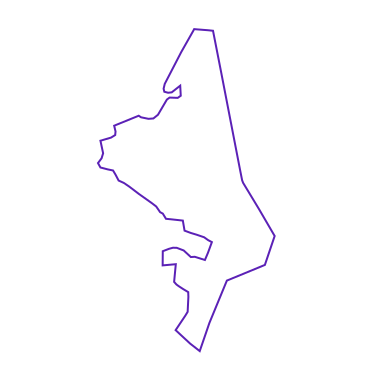 outline of Boumdeid, Assaba, Mauritania, rotated 339°
{"feature_id": "47542326B4408163770822", "entity_name": "Boumdeid", "entity_type": "district", "adm_level": 2, "iso_a3": "MRT", "parent_name": "Mauritania", "parent_adm1": "Assaba", "projection": "robinson", "projection_center": [-11.369, 17.747], "detail": "fine", "context": "isolated", "style": "outline", "palette": "violet", "viewbox_px": 384, "rotation_deg": 339, "n_neighbors": 0, "source": "geoboundaries", "source_scale": "gbopen_adm2", "svg_char_len": 1156}
<svg xmlns="http://www.w3.org/2000/svg" viewBox="0 0 384 384"><g transform="rotate(339 192 192)"><path d="M265.3,46.9L254.4,41.7L252.4,40.7L250.8,42.1L232.1,57.5L205.3,81.3L202.5,85.4L202.1,88.5L205.3,90.8L208.8,91.7L219.1,88.5L216.0,98.1L212.4,99.0L204.9,95.8L201.7,96.7L187.9,107.7L182.3,109.5L177.6,108.1L171.2,104.0L169.6,101.7L143.1,102.2L142.3,108.1L140.7,111.3L135.9,112.2L124.9,111.3L122.9,124.0L119.7,128.1L114.6,131.3L115.3,136.3L121.6,140.8L126.0,143.6L126.8,148.2L127.6,155.0L131.6,159.1L135.3,164.4L141.6,174.6L150.5,188.0L153.4,192.7L155.0,199.4L157.0,201.7L158.1,207.7L162.5,209.9L173.2,215.4L171.2,225.4L176.2,229.8L181.1,233.6L187.1,238.6L189.8,242.7L192.6,245.9L185.1,254.5L179.7,260.1L171.4,253.5L167.6,252.3L163.3,243.6L157.7,238.6L154.2,237.2L150.2,236.8L143.5,236.8L138.3,250.0L151.0,253.6L143.1,269.5L144.3,272.7L145.1,274.0L146.1,275.5L149.0,279.5L152.6,284.1L151.0,288.7L145.0,302.3L141.5,305.0L127.2,315.1L135.9,332.8L142.2,343.3L153.1,330.3L161.3,320.5L192.8,287.2L233.9,286.2L253.4,262.7L248.4,231.9L243.0,201.8L243.0,199.0L244.7,189.1L262.4,89.1L269.4,49.0L265.3,46.9Z" fill="none" stroke="#5b21b6" stroke-width="2"/></g></svg>